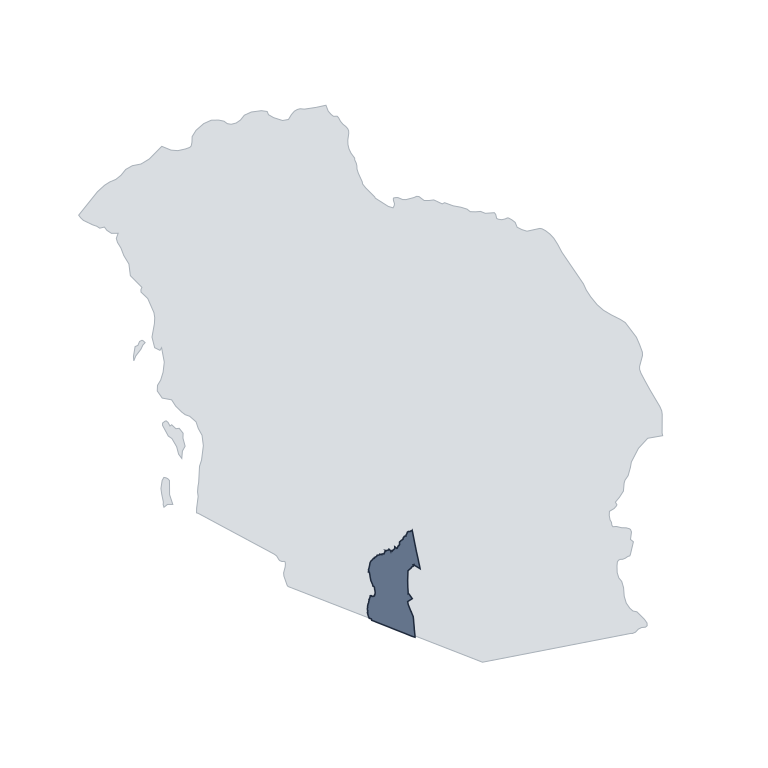 Ngorongoro, Arusha, United Republic of Tanzania shown in context, rotated 169°
{"feature_id": "72390352B42279830137418", "entity_name": "Ngorongoro", "entity_type": "district", "adm_level": 2, "iso_a3": "TZA", "parent_name": "United Republic of Tanzania", "parent_adm1": "Arusha", "projection": "robinson", "projection_center": [35.632, -2.654], "detail": "fine", "context": "in_parent", "style": "filled", "palette": "slate", "viewbox_px": 768, "rotation_deg": 169, "n_neighbors": 0, "source": "geoboundaries", "source_scale": "gbopen_adm2", "svg_char_len": 8627}
<svg xmlns="http://www.w3.org/2000/svg" viewBox="0 0 768 768"><g transform="rotate(169 384 384)"><path d="M289.9,550.4L282.1,545.7L274.9,542.9L269.1,539.8L266.5,536.7L261.1,535.5L256.3,535.0L252.0,532.2L243.0,531.1L242.0,529.2L241.8,525.0L240.3,523.9L237.0,522.8L233.5,522.9L231.3,523.5L230.1,523.2L227.1,520.7L224.4,517.6L223.4,512.5L219.3,509.3L214.5,506.7L201.4,507.0L199.3,506.2L196.2,503.7L192.5,499.5L189.5,494.7L186.9,488.1L184.2,479.3L169.1,444.2L167.5,437.6L164.5,430.2L159.7,421.2L154.5,414.5L147.6,408.4L139.7,402.3L135.4,398.2L127.3,381.7L125.6,374.0L124.3,366.0L124.8,362.7L129.8,352.4L130.3,349.5L129.7,345.6L127.2,337.3L124.0,327.4L117.5,309.2L116.5,304.6L116.7,301.1L120.4,282.7L120.3,280.1L135.5,280.4L146.5,272.3L156.1,260.2L158.0,255.2L161.9,247.4L165.8,243.6L167.2,240.9L169.4,233.2L174.5,227.9L179.4,223.9L178.4,221.0L179.1,220.0L181.8,217.9L187.0,216.0L188.0,212.0L188.0,207.4L187.1,204.8L187.3,201.9L186.5,200.2L183.1,199.8L178.0,197.5L173.7,196.6L170.9,195.2L169.8,194.2L169.3,191.5L171.7,184.4L169.3,181.5L174.6,169.8L175.5,168.4L177.5,168.2L180.5,166.9L183.3,166.4L185.6,166.8L187.3,166.3L188.8,165.0L190.0,161.0L191.1,154.4L190.5,148.9L188.3,144.8L187.7,138.4L188.7,129.8L188.0,122.7L185.5,117.0L183.0,113.7L179.2,112.1L173.3,103.4L171.4,99.2L171.8,96.5L173.8,95.4L177.6,95.8L181.2,94.8L184.5,92.4L187.7,91.7L189.5,92.1L340.4,92.1L516.8,203.5L517.5,204.9L518.9,214.5L518.6,217.7L515.9,223.3L515.1,226.2L515.0,228.2L515.7,228.9L518.0,229.2L520.0,230.5L520.7,231.6L522.2,235.7L524.1,237.8L591.1,292.5L592.6,293.3L591.6,297.9L587.9,309.0L587.6,313.7L586.1,319.1L584.7,322.7L580.8,338.4L577.6,344.2L573.1,357.9L572.4,368.4L574.8,375.8L575.7,382.7L580.9,389.4L585.0,391.8L587.8,394.9L592.7,402.0L595.5,409.0L604.4,412.5L607.9,420.4L606.6,425.9L602.5,430.4L598.6,437.7L595.5,447.4L595.4,462.1L597.5,459.8L602.2,463.4L602.8,474.3L597.9,486.9L596.4,492.8L596.2,497.9L599.6,513.0L605.0,520.6L604.6,523.0L603.2,525.1L612.3,538.7L611.5,550.5L614.9,559.7L616.3,567.7L618.6,573.8L619.0,578.0L616.2,582.7L622.8,583.9L626.7,587.7L628.5,591.4L633.3,591.2L635.9,593.7L639.6,595.8L647.9,602.0L650.1,605.1L651.5,608.0L628.6,627.4L620.4,632.4L614.5,634.7L608.2,636.0L602.3,639.1L596.6,643.9L589.4,646.3L580.6,646.3L571.4,649.7L556.8,659.7L548.4,654.2L541.8,652.4L534.1,652.6L529.5,653.3L527.8,654.5L526.4,657.9L525.1,663.5L520.1,668.9L511.3,674.0L503.2,675.9L495.9,674.6L490.9,672.5L488.2,669.5L484.4,668.1L479.3,668.4L474.5,670.5L469.8,674.5L462.4,676.3L452.2,675.7L446.7,673.8L446.0,670.4L441.5,666.5L433.3,662.0L427.3,661.9L423.4,666.2L419.9,668.9L416.7,670.0L413.8,670.2L409.7,669.0L398.4,668.5L387.8,668.7L386.7,662.5L384.5,658.7L382.5,656.4L378.9,655.8L377.8,654.1L376.6,650.2L374.8,646.9L372.4,644.1L370.9,641.6L370.4,639.3L370.8,636.7L373.0,630.3L373.7,625.9L373.5,621.4L372.3,616.8L369.7,611.3L370.0,609.7L369.1,606.0L369.0,603.4L369.5,600.1L369.0,595.8L366.8,586.7L366.8,584.3L364.5,579.9L357.4,569.4L357.1,568.1L345.9,557.5L341.5,555.2L339.9,557.2L339.3,559.0L339.7,562.4L339.5,564.1L339.0,564.8L336.4,564.7L334.7,564.3L330.5,561.5L327.2,560.8L319.0,561.3L316.2,562.0L313.9,561.3L309.6,556.5L304.5,555.5L300.0,555.2L292.5,549.7L289.9,550.4ZM605.7,374.1L609.3,385.7L608.8,387.9L606.2,389.2L604.9,389.4L603.3,387.5L602.1,383.6L600.2,384.5L596.8,379.8L593.5,379.6L590.6,374.0L591.7,369.2L591.1,360.9L594.7,356.6L596.7,349.5L599.0,354.3L599.5,362.0L602.6,370.9L605.7,374.1ZM623.5,305.0L623.8,307.7L623.1,310.3L623.2,318.6L622.9,324.0L620.2,331.6L617.9,334.3L615.9,333.5L614.3,332.3L613.0,330.2L615.6,316.3L614.3,306.1L619.5,307.1L623.5,305.0ZM615.8,472.4L613.2,473.1L612.2,472.4L610.6,470.2L613.3,468.2L616.0,464.5L622.3,458.9L625.2,454.5L624.7,458.8L621.2,468.2L618.2,468.9L615.8,472.4Z" fill="#d9dde1" stroke="#a8b0b8" stroke-width="1"/><path d="M434.9,203.4L435.2,202.4L434.3,202.1L434.3,198.6L434.4,197.8L434.4,197.2L434.4,195.6L434.4,194.7L434.4,194.3L434.4,193.7L434.4,193.2L434.1,192.4L433.9,191.0L433.5,189.9L433.5,188.6L433.4,188.3L433.5,187.8L433.2,187.5L432.9,187.4L432.6,187.2L432.4,186.7L432.2,186.2L432.2,185.8L432.4,184.4L432.3,183.2L432.4,181.7L432.4,181.0L432.5,180.8L432.6,180.4L432.8,179.8L433.1,179.1L433.5,178.4L433.6,178.7L433.8,178.4L434.1,178.1L434.3,178.0L434.5,177.8L434.9,177.6L435.1,177.6L435.3,177.5L435.5,177.5L436.1,177.9L436.3,178.0L436.4,178.3L436.5,178.3L436.6,178.5L436.9,178.4L437.3,178.5L437.4,178.8L437.5,178.8L437.5,178.7L437.6,178.8L438.0,178.7L438.1,178.0L438.2,177.6L438.4,177.5L438.5,177.2L438.8,176.7L439.3,176.1L439.3,175.8L439.3,175.6L439.4,175.4L439.5,175.3L439.6,175.2L439.8,175.2L439.7,174.8L439.8,174.6L440.0,174.4L440.2,174.0L440.2,173.9L440.4,173.6L440.5,173.5L440.5,173.3L440.9,172.1L441.2,171.7L441.4,171.4L441.7,171.1L441.8,171.0L441.8,170.6L442.5,169.2L442.6,168.8L442.6,168.4L442.6,167.9L442.7,167.6L443.0,167.4L443.2,166.7L443.3,166.0L443.3,165.8L443.4,165.3L443.4,165.2L443.2,165.0L443.1,164.7L443.3,164.4L443.4,164.2L443.5,164.0L443.4,163.6L443.5,163.4L443.6,163.2L443.5,162.9L443.8,162.7L443.7,162.6L443.9,162.1L443.8,161.9L443.9,161.6L443.7,161.4L443.7,161.0L443.8,160.9L443.8,160.7L443.7,160.6L443.8,160.4L443.8,160.2L443.7,159.7L443.6,158.7L443.5,158.3L443.5,158.1L443.4,157.9L443.3,157.6L443.2,157.3L443.2,157.1L442.9,156.9L443.0,156.8L443.0,156.7L442.7,156.6L442.4,156.4L442.1,156.2L441.7,156.1L441.4,155.9L441.2,155.8L441.2,155.6L441.1,155.3L441.2,154.4L438.7,152.9L437.6,152.1L431.3,148.1L430.2,147.4L425.0,144.1L422.3,142.3L416.8,138.8L410.6,134.9L409.3,134.0L409.1,133.9L408.5,133.5L405.0,131.2L401.9,129.5L401.8,130.0L401.7,130.3L401.6,131.3L401.5,132.2L401.4,133.6L401.3,134.7L401.1,136.1L401.2,136.3L401.0,137.8L400.8,139.1L400.8,139.3L400.5,142.1L400.4,143.3L400.4,143.6L400.3,144.1L400.3,144.4L400.2,144.8L400.2,145.4L400.0,146.5L399.7,150.1L400.5,153.9L400.7,155.4L400.9,155.4L401.2,156.9L401.2,157.0L402.3,162.9L402.3,165.9L397.2,167.9L399.5,173.0L400.0,173.7L400.3,173.6L400.2,174.0L399.9,175.9L399.6,178.3L399.4,180.1L399.2,181.1L398.9,183.0L398.4,185.8L398.3,186.5L398.2,186.5L398.3,186.5L396.4,194.8L396.2,195.6L396.2,195.9L396.1,196.1L395.7,196.3L395.2,196.7L394.5,197.0L394.2,197.3L393.4,197.6L392.6,198.1L392.4,198.2L392.2,198.6L392.1,198.8L391.9,198.9L391.2,199.3L390.5,199.3L389.8,199.7L389.8,200.2L390.0,200.6L390.1,201.0L388.9,201.1L388.9,200.4L383.8,195.8L383.8,197.8L383.8,198.1L383.8,199.2L383.9,201.9L383.9,202.2L383.9,203.1L383.9,205.0L384.0,208.8L384.1,212.4L384.2,213.2L384.1,213.9L384.2,215.9L384.1,216.7L384.2,218.0L384.1,219.1L384.2,219.9L384.2,224.5L384.2,225.7L384.2,227.4L384.2,228.4L384.2,229.5L384.2,231.0L384.2,233.5L384.3,234.9L384.3,235.0L384.4,234.9L384.6,234.7L385.0,234.7L385.3,234.6L385.5,234.7L385.9,234.6L386.1,234.5L386.2,234.3L386.4,234.2L386.5,234.2L387.2,234.4L387.7,234.4L387.8,234.4L388.0,234.6L388.3,234.6L388.5,234.5L388.7,234.4L388.8,234.4L389.0,234.2L389.4,234.1L389.5,234.0L389.6,233.7L390.0,232.8L390.1,232.7L390.3,232.5L390.9,231.9L391.1,231.6L391.4,230.7L391.5,230.5L391.9,230.7L392.1,230.7L392.4,230.7L392.5,230.7L392.9,230.6L393.0,230.6L393.3,230.5L393.5,230.3L393.6,230.1L393.8,229.8L393.8,229.7L394.3,229.5L394.4,229.4L394.6,229.0L394.7,228.8L394.8,228.7L394.7,228.3L394.8,228.1L395.1,228.0L395.7,227.6L396.2,227.5L396.6,227.3L397.1,227.1L397.5,226.8L397.7,226.7L398.0,226.3L398.3,226.3L398.6,226.2L398.9,226.0L399.0,225.7L399.1,225.2L399.2,224.6L399.2,224.3L399.2,223.9L399.3,223.5L399.5,223.5L399.6,223.2L399.9,223.0L399.9,222.9L400.0,222.6L400.3,222.6L400.5,222.6L401.1,222.2L401.1,221.9L401.3,221.8L401.4,221.7L401.9,221.1L402.0,220.8L402.1,220.6L402.5,220.2L403.0,220.2L403.2,220.4L403.5,220.9L403.7,221.2L403.9,221.5L404.0,221.7L404.5,222.2L404.6,221.3L405.2,220.1L406.9,219.1L407.4,218.7L407.4,219.3L407.3,219.5L408.0,219.0L409.0,218.3L409.1,218.6L409.1,218.4L409.2,218.2L409.3,218.8L409.8,219.7L410.2,220.6L410.7,220.9L410.8,220.5L411.0,220.3L411.5,220.1L412.5,220.2L413.3,220.0L413.7,220.0L414.0,220.2L414.5,220.4L414.2,219.9L414.2,219.7L414.3,219.7L414.4,219.8L414.5,219.8L414.5,219.7L414.7,219.4L414.8,219.3L415.0,219.3L415.1,219.1L415.3,219.0L415.5,218.9L415.6,218.7L415.8,218.2L416.2,217.6L416.3,217.3L416.4,217.2L417.2,217.4L417.5,217.5L418.6,217.4L419.1,217.5L419.1,217.3L419.0,217.0L419.8,217.2L420.5,217.4L420.7,217.7L421.1,217.2L421.3,217.1L421.6,217.1L422.7,217.1L423.0,217.2L423.2,217.3L423.3,217.3L423.5,217.2L423.7,216.9L423.9,216.5L424.1,216.2L424.5,216.1L425.5,215.8L425.6,215.7L425.8,215.6L426.1,215.6L426.3,215.6L426.3,215.4L426.4,215.1L426.5,215.0L426.6,214.9L426.7,215.1L427.7,214.8L429.1,213.6L430.6,212.7L431.8,211.2L432.8,208.6L433.8,206.3L434.2,205.5L434.7,204.7L434.6,203.7L434.9,203.4Z" fill="#64748b" stroke="#1e293b" stroke-width="1.5"/></g></svg>